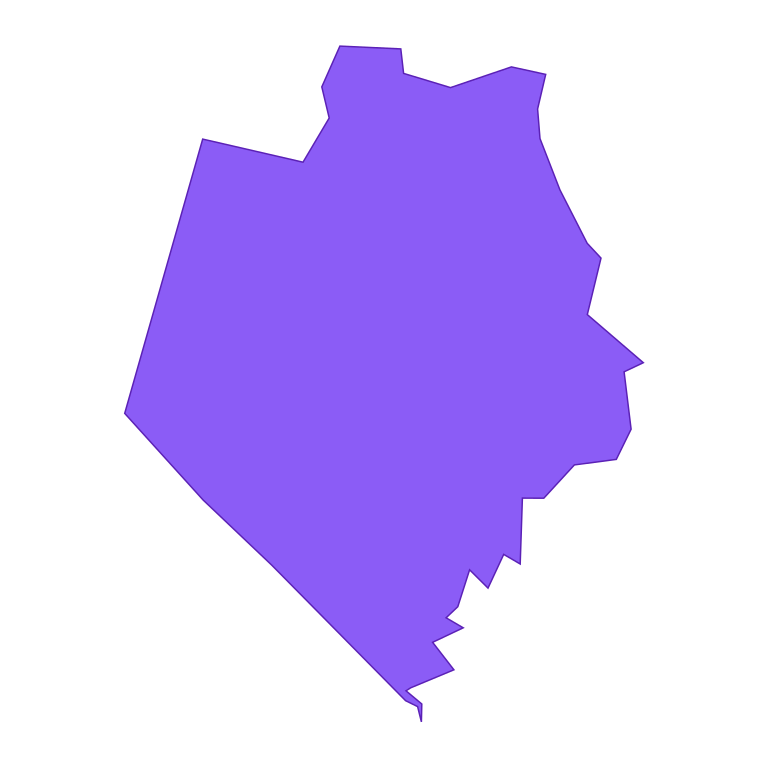 the district of Rockcastle, Kentucky, United States of America
{"feature_id": "52423323B98910590262232", "entity_name": "Rockcastle", "entity_type": "district", "adm_level": 2, "iso_a3": "USA", "parent_name": "United States of America", "parent_adm1": "Kentucky", "projection": "mercator", "projection_center": [-84.266, 37.345], "detail": "fine", "context": "isolated", "style": "filled", "palette": "violet", "viewbox_px": 768, "rotation_deg": 0, "n_neighbors": 0, "source": "geoboundaries", "source_scale": "gbopen_adm2", "svg_char_len": 628}
<svg xmlns="http://www.w3.org/2000/svg" viewBox="0 0 768 768"><path d="M339.9,46.1L321.8,86.9L329.2,118.0L303.0,162.2L202.7,139.1L124.7,413.4L203.3,500.2L271.8,565.2L405.6,700.7L417.6,706.6L421.4,721.9L421.8,704.0L406.0,690.8L410.7,687.8L453.9,669.8L432.6,642.3L463.2,627.8L446.1,617.8L457.8,606.7L469.6,569.8L488.0,588.1L503.7,554.4L520.2,564.0L522.4,498.1L543.8,498.2L574.4,464.9L616.3,459.4L631.1,429.2L624.1,371.8L643.3,362.7L587.3,314.6L601.0,258.1L587.2,243.3L559.9,189.8L540.0,138.6L537.6,109.0L545.7,74.4L511.4,66.9L450.5,87.6L403.6,73.4L400.8,48.9L339.9,46.1Z" fill="#8b5cf6" stroke="#5b21b6" stroke-width="1.5"/></svg>